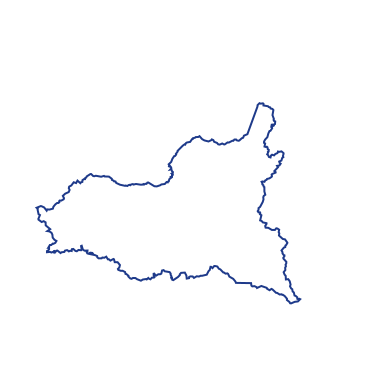 Pacaraima, Roraima, Brazil, rotated 111°
{"feature_id": "56859067B85330380756013", "entity_name": "Pacaraima", "entity_type": "district", "adm_level": 2, "iso_a3": "BRA", "parent_name": "Brazil", "parent_adm1": "Roraima", "projection": "albers", "projection_center": [-60.858, 4.166], "detail": "fine", "context": "isolated", "style": "outline", "palette": "blue", "viewbox_px": 384, "rotation_deg": 111, "n_neighbors": 0, "source": "geoboundaries", "source_scale": "gbopen_adm2", "svg_char_len": 6077}
<svg xmlns="http://www.w3.org/2000/svg" viewBox="0 0 384 384"><g transform="rotate(111 192 192)"><path d="M262.4,331.4L263.0,329.9L263.7,329.9L267.7,327.3L268.0,325.7L272.2,325.8L272.8,325.4L273.9,321.6L272.4,320.0L272.8,317.8L275.6,316.6L277.5,311.1L280.3,313.0L279.9,311.0L280.4,308.6L281.8,307.1L284.5,305.7L285.9,303.3L286.3,301.0L288.5,301.4L290.1,302.9L290.1,303.5L291.9,304.4L292.4,305.7L295.5,306.2L295.1,305.5L296.8,304.9L298.4,305.5L299.1,306.2L300.2,305.8L298.8,303.1L298.9,301.6L298.0,300.7L298.0,299.7L296.6,299.7L296.3,299.2L297.4,298.2L295.3,297.4L294.9,296.7L296.1,292.8L295.1,292.3L293.7,289.7L292.3,289.6L291.3,288.2L291.0,287.5L291.6,285.7L290.4,284.5L290.2,283.2L288.4,283.6L287.7,282.4L288.8,279.7L288.6,278.3L286.8,277.2L286.1,274.6L285.3,274.3L282.2,276.2L281.7,275.7L284.6,273.5L285.0,272.7L285.3,271.3L284.1,268.6L284.7,268.4L285.7,268.9L286.8,267.8L286.8,266.9L285.1,265.2L284.6,263.2L285.1,262.4L286.3,263.7L285.7,260.0L285.8,257.6L286.9,257.0L287.4,255.5L286.3,252.6L285.3,252.2L284.8,250.3L283.1,248.9L285.0,246.4L284.6,245.6L285.3,243.6L282.7,241.4L282.8,240.7L285.2,239.0L284.2,236.3L286.0,233.1L288.5,232.8L290.4,233.6L291.1,232.9L291.1,230.3L290.4,228.6L290.7,225.8L292.3,224.7L292.1,223.9L293.0,221.3L293.7,221.2L294.8,218.7L294.7,217.3L293.4,216.3L292.6,213.9L293.1,212.1L293.1,207.9L291.3,206.5L289.6,203.5L289.8,202.9L287.9,202.0L288.4,200.9L288.4,199.5L286.3,198.7L285.5,196.8L284.8,196.5L283.6,197.9L282.1,198.5L281.7,197.9L282.8,196.4L282.9,195.5L280.9,194.0L280.1,192.1L279.2,191.4L276.0,191.8L275.1,190.5L275.8,189.1L274.8,184.2L275.8,182.7L276.9,182.3L278.0,181.0L279.3,180.9L279.9,180.3L279.5,179.8L281.0,179.0L281.0,177.9L276.5,174.7L274.0,173.6L273.2,173.9L271.4,173.2L269.8,169.8L272.0,167.3L274.7,165.9L273.5,163.9L272.3,164.2L271.4,163.3L270.6,161.1L271.5,159.4L269.0,157.4L268.4,155.2L267.0,153.8L266.7,152.7L263.9,148.6L260.0,148.2L258.4,147.5L255.2,147.9L255.0,147.3L255.7,145.6L253.1,144.7L252.7,143.3L252.5,141.6L254.0,139.5L254.1,137.8L255.9,134.0L255.7,133.4L256.2,131.4L255.3,129.8L255.5,129.0L257.6,126.8L258.3,122.4L260.0,119.4L261.1,118.4L255.9,104.2L258.1,103.0L258.5,101.9L257.5,99.9L257.7,97.5L258.3,96.9L254.9,93.6L254.7,87.9L255.4,87.3L255.9,84.4L254.0,83.1L254.1,82.0L256.0,77.4L255.7,76.3L256.3,73.5L255.4,71.7L255.7,70.9L255.4,70.4L255.9,68.2L257.6,65.1L258.8,64.7L259.7,61.7L260.7,60.5L260.5,59.6L257.7,56.7L256.2,53.9L253.3,52.6L253.2,53.5L254.0,54.6L254.0,55.4L252.6,56.0L251.9,57.8L251.9,59.2L249.3,60.9L248.8,62.4L246.8,63.6L246.5,64.9L244.9,66.7L243.1,66.8L240.3,68.8L238.9,70.9L240.0,73.0L236.7,74.5L235.9,76.0L234.0,77.7L231.4,76.9L229.3,77.9L227.6,77.7L226.4,78.6L225.0,78.4L223.4,78.9L221.4,82.8L220.7,83.2L218.9,82.7L218.0,83.0L218.0,83.8L216.9,85.5L215.7,86.0L214.5,87.5L211.0,86.3L210.0,85.2L208.5,85.6L207.8,85.1L205.3,84.7L204.8,85.3L202.9,88.2L203.3,90.4L201.5,95.2L199.3,95.7L198.4,96.7L196.0,97.1L195.5,99.1L195.7,100.3L197.7,101.0L198.8,103.8L198.1,107.9L198.9,110.5L197.5,111.5L195.0,111.0L194.4,111.3L195.0,115.0L194.1,116.6L194.1,118.2L188.8,118.9L188.4,120.6L187.2,120.7L186.6,121.4L187.2,122.6L186.3,123.8L184.8,123.5L183.2,124.1L181.5,123.1L176.0,122.4L173.3,122.6L171.3,123.6L169.9,123.6L168.3,122.6L165.6,124.6L161.5,126.2L161.3,127.0L160.1,127.8L159.7,129.0L159.0,129.2L157.5,130.7L156.9,130.0L156.5,128.0L155.0,127.8L153.8,126.7L152.9,126.6L151.6,124.7L149.4,123.1L148.6,123.0L147.2,123.9L146.5,123.6L143.9,120.9L143.4,121.1L142.9,122.6L138.1,120.6L137.1,121.9L135.9,119.9L133.8,119.4L133.4,120.7L132.3,121.5L130.6,119.8L128.0,120.0L126.7,119.2L125.9,120.0L123.5,120.2L122.9,120.5L122.0,123.0L123.4,125.2L123.4,126.2L125.1,126.2L126.6,127.8L128.4,128.5L128.5,130.6L129.0,130.9L129.6,131.3L131.6,131.1L131.7,132.8L130.3,134.1L129.9,135.3L128.0,135.1L127.3,135.5L126.7,135.0L125.1,135.5L125.0,136.5L123.2,137.6L122.9,138.4L123.5,139.1L123.6,140.6L120.5,141.1L120.3,142.4L119.0,142.8L116.8,142.5L113.8,141.3L109.9,141.7L107.3,141.5L106.8,140.7L103.8,140.0L103.1,140.5L102.9,141.3L100.6,141.7L100.3,141.2L101.3,140.0L100.6,139.4L99.4,139.6L98.8,138.9L96.3,139.6L96.2,141.0L95.4,141.7L94.5,141.7L91.4,144.4L86.3,145.4L85.6,146.7L85.9,148.5L85.0,149.3L85.2,150.8L84.7,151.8L85.6,156.3L84.1,156.8L83.8,157.6L84.9,159.5L84.9,160.8L87.4,161.9L88.9,161.5L118.2,161.0L120.8,163.7L123.0,163.7L124.0,164.8L127.0,166.3L127.5,167.0L127.7,168.9L127.2,169.7L127.8,171.2L129.4,171.8L129.6,172.6L132.6,175.3L133.0,176.6L135.7,178.4L136.1,179.0L135.9,181.2L137.8,183.1L138.1,184.6L137.2,186.3L137.2,189.3L135.9,190.7L135.8,192.3L136.5,192.4L138.9,194.7L139.4,198.9L139.0,201.5L137.2,205.0L138.4,205.9L139.4,208.2L140.2,208.6L141.5,210.4L142.3,210.3L142.6,210.9L145.9,211.7L147.7,214.6L148.6,215.2L150.1,215.3L150.0,215.9L152.0,217.2L158.8,220.2L159.4,219.9L162.2,220.7L162.7,220.2L164.4,220.7L164.9,221.5L168.0,222.2L171.4,222.2L174.5,223.7L175.3,222.8L176.3,222.7L176.3,222.0L175.5,222.0L176.5,220.3L177.3,219.8L178.8,220.3L178.2,219.4L179.7,218.2L180.2,217.0L180.9,216.8L181.9,217.5L182.0,216.6L182.7,216.1L183.2,216.8L185.0,216.1L185.6,217.4L186.3,217.2L186.4,216.7L188.2,217.8L190.4,217.5L190.9,218.1L191.7,218.1L191.8,219.3L194.3,220.3L195.9,223.3L197.1,224.1L199.4,226.9L200.1,229.2L198.8,236.2L199.2,237.0L200.7,237.4L201.1,238.6L202.3,239.5L202.0,240.2L203.0,241.1L203.6,242.7L204.6,247.2L206.0,249.2L205.8,250.0L206.7,251.4L207.8,252.1L207.6,252.7L208.3,253.7L209.6,254.6L209.7,256.2L210.2,256.6L211.0,261.8L210.7,266.0L209.6,267.2L210.0,268.6L209.5,269.2L209.4,271.1L208.4,271.6L207.4,275.1L208.8,279.1L208.5,279.9L210.3,282.3L211.3,287.6L212.3,288.9L212.5,290.0L211.4,292.5L211.7,293.3L215.2,295.9L216.4,295.9L217.2,296.7L218.3,296.5L218.7,297.5L220.2,298.5L221.9,298.0L222.7,299.1L223.8,299.4L222.4,303.0L225.2,303.4L225.3,305.9L229.2,307.0L231.0,308.6L232.6,308.4L233.9,307.0L236.3,307.1L239.0,309.8L241.9,311.2L243.6,309.3L244.8,309.2L246.9,311.0L247.4,312.5L248.2,312.7L249.2,312.2L250.2,312.9L250.5,313.9L252.4,315.1L255.4,316.1L257.4,315.9L259.5,318.8L260.1,320.9L261.5,321.0L259.4,324.5L259.2,327.3L259.3,328.1L262.4,331.4Z" fill="none" stroke="#1e3a8a" stroke-width="2"/></g></svg>